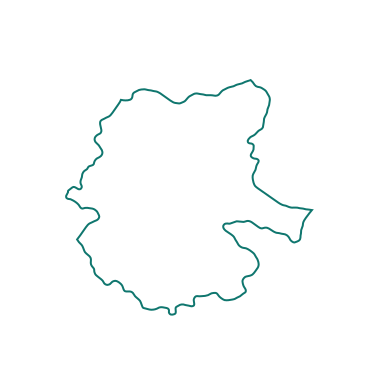 outline of Sabana Grande de Boyá, Monte Plata, Dominican Republic, rotated 305°
{"feature_id": "3306468B74800067614401", "entity_name": "Sabana Grande de Boyá", "entity_type": "district", "adm_level": 2, "iso_a3": "DOM", "parent_name": "Dominican Republic", "parent_adm1": "Monte Plata", "projection": "robinson", "projection_center": [-69.796, 18.975], "detail": "fine", "context": "isolated", "style": "outline", "palette": "teal", "viewbox_px": 384, "rotation_deg": 305, "n_neighbors": 0, "source": "geoboundaries", "source_scale": "gbopen_adm2", "svg_char_len": 5967}
<svg xmlns="http://www.w3.org/2000/svg" viewBox="0 0 384 384"><g transform="rotate(305 192 192)"><path d="M87.2,125.1L86.1,128.1L85.4,131.7L85.0,132.9L84.1,134.5L82.0,137.6L81.4,138.7L81.0,140.5L80.6,144.8L80.2,146.0L80.0,146.5L79.3,147.4L78.5,148.1L75.8,149.8L74.7,150.9L73.9,152.4L73.0,155.5L72.4,156.3L70.9,157.5L70.2,158.3L69.3,159.7L68.9,160.9L68.7,162.7L68.4,167.9L68.1,169.7L66.8,172.6L66.7,173.8L66.9,175.0L67.4,176.0L68.6,177.1L69.5,177.6L72.7,178.2L73.7,178.7L74.6,179.4L75.3,180.2L75.8,181.4L76.0,182.6L76.1,183.9L75.9,186.4L75.4,188.2L74.8,189.3L72.8,192.1L72.4,193.1L72.3,193.7L72.4,194.2L72.8,195.2L74.8,198.0L75.3,199.1L75.5,200.3L75.4,201.5L74.0,205.1L73.8,206.3L73.4,210.1L73.0,211.9L72.1,213.5L70.0,216.5L69.4,217.5L69.1,218.6L71.3,224.5L72.2,226.2L73.4,227.7L74.7,229.0L76.2,230.1L78.6,231.4L79.8,232.6L80.7,234.0L82.3,237.5L82.6,238.5L82.7,239.1L82.5,240.1L82.0,240.9L80.2,242.1L79.7,242.8L79.5,243.3L79.4,243.8L79.4,244.4L79.5,245.0L80.4,246.4L81.7,247.5L82.7,248.0L83.2,248.0L83.7,247.9L84.6,247.4L87.1,245.4L88.0,245.0L88.5,245.0L89.4,245.3L92.7,246.9L93.9,248.0L94.9,249.4L95.7,251.6L97.1,254.7L97.7,256.3L98.2,257.3L98.9,258.0L99.7,258.5L100.2,258.6L101.2,258.3L102.0,257.7L104.1,255.7L105.0,255.1L105.6,254.9L106.6,254.7L107.7,254.7L108.7,255.0L109.1,255.3L109.8,256.1L110.6,257.5L111.6,258.9L114.4,262.3L116.7,264.3L119.3,265.6L120.3,266.2L121.6,267.5L122.7,268.9L123.1,269.9L123.1,271.0L122.3,273.4L122.0,274.5L121.8,276.3L121.8,278.2L121.9,279.5L122.2,280.8L122.5,281.3L123.1,282.4L124.3,283.9L126.9,286.6L128.2,287.8L129.2,288.5L131.3,289.5L134.1,291.1L137.9,292.2L140.1,293.1L141.0,293.2L141.5,293.0L142.3,292.5L142.9,291.8L143.4,290.8L144.3,288.7L144.9,287.7L146.1,286.2L147.0,285.3L147.9,284.5L148.5,284.2L149.6,283.9L151.3,283.9L153.0,284.3L154.0,285.0L156.7,287.5L158.2,288.5L159.3,288.9L161.1,289.2L163.4,289.3L167.6,289.3L168.8,289.1L169.9,288.7L171.0,288.1L171.9,287.3L172.8,286.4L173.9,284.9L174.6,283.8L175.5,281.6L176.7,279.1L177.1,277.9L177.3,276.0L177.4,272.8L177.2,270.2L176.8,268.4L175.6,265.9L175.2,264.7L175.0,262.9L175.2,261.0L175.6,259.9L176.8,257.4L177.7,255.2L179.0,252.7L179.4,251.6L179.6,250.3L179.7,248.4L179.6,241.9L179.8,240.6L180.1,239.4L180.6,238.4L181.3,237.6L182.3,237.0L183.4,236.9L184.5,237.1L185.4,237.7L186.4,238.9L187.4,240.7L188.1,241.4L193.5,245.3L194.1,246.2L197.0,251.3L197.7,252.0L199.7,253.6L200.4,254.4L200.9,255.4L201.3,256.7L201.5,258.0L201.5,260.0L201.4,266.1L201.5,268.1L201.8,269.2L202.3,270.2L204.5,272.1L205.2,273.0L205.7,273.9L206.0,275.1L206.2,276.3L206.4,281.5L206.7,283.4L207.0,284.5L208.3,287.0L209.2,289.3L210.4,291.8L210.8,292.9L211.0,294.8L210.7,296.6L210.3,297.7L209.1,300.2L208.8,301.9L208.9,303.7L209.3,304.7L209.7,305.1L211.7,306.5L213.1,307.3L214.2,307.6L215.3,307.6L216.8,307.0L218.6,305.9L220.6,305.0L223.4,303.3L227.8,302.1L230.1,300.9L231.2,300.5L233.0,300.2L236.1,300.1L241.8,300.3L246.0,300.6L244.6,297.8L243.2,295.3L242.1,292.5L240.5,289.5L239.6,287.3L238.9,286.2L236.7,283.1L236.1,282.1L235.4,280.3L234.6,276.8L233.5,274.2L233.2,273.0L232.9,270.9L232.8,268.8L232.8,243.9L232.9,241.8L233.1,240.4L233.3,239.8L233.9,238.6L235.0,237.0L237.2,234.6L238.7,233.3L240.3,232.3L242.1,231.8L246.5,231.3L247.6,230.9L250.0,229.9L251.7,229.5L254.3,229.3L255.2,229.0L255.7,228.8L256.0,228.4L256.3,227.9L256.4,226.9L256.2,225.9L255.1,223.8L254.8,222.7L254.7,221.0L255.0,219.9L255.3,219.5L255.8,219.1L256.7,218.7L260.5,218.4L262.1,218.0L264.7,216.4L265.5,215.8L265.9,214.9L266.0,213.9L265.8,213.0L264.8,211.0L264.7,210.0L264.8,209.5L265.1,209.0L265.9,208.3L266.8,208.1L267.9,208.0L270.1,208.3L271.2,208.7L273.6,210.0L274.6,210.4L275.7,210.7L279.8,211.3L280.8,211.6L283.6,212.9L285.3,213.0L285.8,212.9L290.6,210.6L293.4,209.0L295.1,208.6L298.5,208.2L300.2,207.8L303.1,206.4L307.4,205.3L311.8,203.1L312.7,202.5L313.9,201.3L314.5,200.4L316.9,195.2L317.2,194.0L317.3,192.7L317.2,190.1L317.1,188.9L316.8,187.7L315.7,185.2L315.4,183.5L315.7,181.8L316.8,178.7L317.3,175.8L312.7,172.4L309.7,170.7L306.0,167.5L305.0,166.8L302.5,165.4L299.3,162.6L297.8,161.5L292.9,158.9L291.2,158.5L287.3,158.1L286.2,157.7L285.3,157.1L284.2,155.9L282.6,152.7L279.4,148.0L278.3,145.2L277.0,142.7L275.8,140.0L275.2,139.0L274.1,137.8L273.2,137.2L268.8,135.0L267.1,134.6L263.1,134.2L262.0,133.9L261.0,133.4L258.3,131.7L257.5,131.1L256.9,130.2L255.4,127.3L255.0,126.3L254.7,125.0L254.5,121.7L254.6,109.4L254.4,107.5L254.2,106.2L253.8,105.0L252.6,102.5L251.7,100.2L250.4,97.7L249.3,95.0L248.7,93.9L246.9,91.7L245.2,90.1L240.9,87.8L239.9,87.4L238.8,87.3L237.8,87.5L235.6,88.6L234.6,88.9L233.5,88.9L233.0,88.8L232.0,88.3L230.3,86.8L228.9,85.0L227.9,83.4L226.7,80.9L224.8,81.3L221.7,81.4L211.4,81.4L208.3,81.2L207.0,80.9L206.0,80.5L203.7,79.1L201.7,78.1L199.4,76.8L198.4,76.5L197.9,76.4L196.7,76.6L195.7,77.2L194.7,78.0L190.8,82.2L189.8,82.9L189.2,83.1L188.1,83.3L187.1,83.1L184.4,81.7L182.7,81.3L181.6,81.2L180.5,81.4L180.0,81.6L179.0,82.2L178.3,83.0L177.7,84.0L177.4,85.2L176.8,88.8L174.6,94.1L173.6,95.4L172.8,96.1L171.7,96.6L170.6,96.8L169.5,96.8L168.4,96.5L167.3,96.1L165.0,94.9L163.4,94.5L161.7,94.5L160.7,94.7L158.5,95.5L157.5,95.4L156.6,94.9L154.5,93.3L153.6,92.8L152.8,92.7L150.8,92.9L150.0,92.7L147.7,91.8L146.6,91.6L145.4,91.6L143.7,91.9L140.9,93.3L137.6,94.2L136.6,94.7L135.7,95.3L135.0,96.0L133.7,98.1L133.3,98.5L132.5,99.0L131.5,99.1L131.0,99.1L130.1,98.7L129.4,97.9L129.1,96.9L128.9,94.2L128.7,93.1L128.3,92.2L127.9,91.8L127.0,91.3L122.4,89.9L121.6,89.9L120.6,90.6L116.8,91.1L115.9,91.6L115.5,92.0L115.2,92.5L115.1,93.0L115.2,94.1L115.5,94.9L116.4,96.6L116.9,99.9L117.0,102.1L116.9,104.2L116.7,105.5L116.4,106.8L115.6,108.7L115.3,109.6L115.2,110.7L115.5,111.6L115.8,112.0L117.6,113.5L118.9,115.2L121.2,119.8L121.6,121.0L121.8,122.3L121.7,124.2L121.5,125.4L120.8,126.9L119.5,129.2L118.8,130.0L118.4,130.3L117.4,130.6L116.3,130.7L115.2,130.5L114.2,130.1L112.0,128.7L110.0,127.6L107.6,126.2L106.6,125.8L105.3,125.5L102.2,125.3L92.4,125.3L87.2,125.1Z" fill="none" stroke="#0f766e" stroke-width="2"/></g></svg>